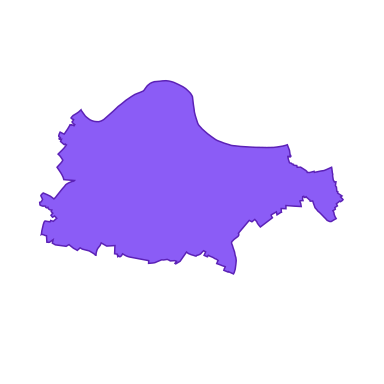 outline of Thuong Tin, Ha Noi, Vietnam, rotated 290°
{"feature_id": "81297802B33733008951227", "entity_name": "Thuong Tin", "entity_type": "district", "adm_level": 2, "iso_a3": "VNM", "parent_name": "Vietnam", "parent_adm1": "Ha Noi", "projection": "robinson", "projection_center": [105.871, 20.832], "detail": "fine", "context": "isolated", "style": "filled", "palette": "violet", "viewbox_px": 384, "rotation_deg": 290, "n_neighbors": 0, "source": "geoboundaries", "source_scale": "gbopen_adm2", "svg_char_len": 5948}
<svg xmlns="http://www.w3.org/2000/svg" viewBox="0 0 384 384"><g transform="rotate(290 192 192)"><path d="M255.7,98.6L250.6,95.6L247.2,93.4L241.5,90.6L233.2,86.1L229.9,84.3L227.8,82.5L226.2,80.4L225.4,78.0L224.9,75.8L224.8,73.4L225.0,71.3L225.4,69.9L226.2,67.4L226.9,65.7L229.5,61.9L230.8,60.0L231.3,59.6L228.4,58.1L226.3,56.6L223.2,54.1L221.0,53.2L220.2,53.0L220.1,53.3L219.8,53.9L219.6,54.7L219.5,55.0L219.6,55.4L219.7,55.8L219.6,56.0L218.4,55.9L216.8,55.3L216.6,55.6L216.2,56.1L215.7,57.2L215.3,58.4L215.2,58.8L213.9,58.5L214.0,57.0L214.0,55.5L213.4,55.4L213.5,54.4L213.3,54.3L212.4,54.3L211.9,54.2L208.7,53.6L202.7,52.1L202.7,51.6L203.0,49.1L203.2,47.6L201.3,47.4L199.4,47.5L198.9,47.7L198.5,48.0L198.4,48.5L198.4,48.9L198.2,49.5L198.0,49.8L197.7,50.0L197.3,49.8L196.8,48.9L196.3,49.1L196.2,49.4L196.5,51.0L196.7,51.3L194.5,51.2L193.1,54.8L192.8,55.8L193.7,56.4L193.3,57.9L191.6,57.4L189.7,56.8L187.1,55.7L184.2,54.3L181.8,53.2L180.9,55.3L179.8,57.0L178.9,58.2L177.8,59.7L176.3,59.5L174.2,58.8L172.3,58.0L169.1,56.7L166.3,60.6L164.7,62.7L163.3,64.3L161.6,66.0L159.8,67.3L160.5,70.0L162.6,77.6L162.1,77.4L161.7,77.0L161.4,76.7L160.9,75.7L158.3,72.9L156.5,71.4L155.5,70.8L153.8,70.3L150.5,69.0L146.4,67.6L142.8,66.4L141.2,65.9L139.6,65.3L138.3,64.6L138.8,63.0L139.6,60.4L140.0,56.4L140.2,52.5L138.1,51.4L136.8,51.2L134.0,54.1L132.4,53.9L131.2,53.6L130.2,52.4L127.8,53.6L127.6,54.8L127.7,57.0L128.2,57.5L128.5,59.3L128.0,59.4L127.7,59.6L127.4,60.5L127.6,61.2L128.3,61.8L127.6,62.3L127.0,63.2L126.8,63.9L126.7,64.6L126.8,65.4L127.1,66.4L125.4,66.4L124.5,68.4L121.9,67.4L121.4,68.2L120.6,69.6L122.4,71.1L121.1,73.9L120.6,73.6L117.0,71.7L116.9,68.9L115.6,68.9L115.4,68.7L115.0,66.6L114.5,63.8L113.1,63.3L110.3,63.4L104.0,64.2L101.0,64.9L100.5,64.9L100.6,65.0L100.9,65.9L101.0,67.0L100.9,69.4L101.2,70.2L95.2,72.8L95.7,74.6L96.0,75.2L96.4,75.6L98.9,77.2L99.7,77.8L96.2,78.2L95.6,81.7L97.8,91.7L97.9,92.3L100.5,94.4L99.8,96.3L99.1,98.4L98.6,99.9L98.2,102.7L97.9,104.2L101.3,106.0L100.8,108.4L101.5,115.7L101.4,116.1L100.8,119.4L100.2,121.8L99.7,122.6L99.6,123.0L99.7,123.4L102.0,122.8L104.3,122.6L105.3,122.6L106.3,122.7L107.6,123.0L109.3,123.6L110.8,124.0L113.1,124.1L112.0,130.3L115.3,137.9L107.5,140.4L108.0,143.2L107.4,143.4L105.9,144.3L106.8,144.9L106.5,145.2L106.4,145.8L106.5,146.3L106.7,146.7L107.1,147.0L107.8,147.4L108.8,147.7L110.2,147.9L109.6,150.9L109.4,153.0L109.5,155.2L112.7,174.8L110.1,175.6L111.9,179.5L112.9,181.3L115.1,183.6L117.9,186.7L118.4,188.5L120.2,191.8L120.1,193.8L119.8,195.1L121.6,199.3L121.6,201.2L119.1,200.4L118.9,201.3L122.8,204.5L133.7,207.4L133.2,208.7L132.9,210.0L132.9,211.0L132.8,212.7L132.9,213.6L133.0,215.7L133.0,216.7L133.1,217.3L133.1,217.6L133.2,217.8L133.4,217.9L133.5,218.0L134.1,218.2L134.2,218.4L134.9,219.4L135.3,219.9L135.8,220.3L136.1,220.7L136.9,221.3L138.3,221.8L140.8,223.0L140.6,224.3L140.4,225.3L139.0,225.2L136.6,225.0L136.4,228.1L136.3,228.5L136.5,228.7L136.6,228.8L137.9,228.8L138.1,228.9L138.1,229.0L138.0,230.1L137.8,230.8L137.8,231.5L137.7,233.7L137.7,234.1L137.3,235.9L137.2,236.4L137.2,237.3L137.2,237.8L137.0,238.6L136.6,240.0L135.4,239.8L133.2,239.7L133.2,243.5L133.1,245.7L133.2,248.8L132.3,248.8L131.0,248.6L129.3,248.7L129.1,253.3L129.6,253.4L129.2,259.0L131.0,259.2L134.3,259.0L139.3,257.9L142.7,257.0L145.3,255.7L147.4,254.1L150.2,252.5L153.9,249.5L155.8,248.1L156.8,247.1L157.5,246.7L158.4,246.4L159.2,246.5L160.2,247.0L161.8,247.7L165.8,250.3L166.6,250.6L167.3,250.7L168.1,250.5L168.8,250.2L169.1,249.7L184.9,255.5L184.5,258.5L187.7,260.4L186.2,263.1L185.3,263.8L184.2,265.3L183.3,266.8L182.5,268.2L195.3,276.4L196.4,275.0L197.1,274.4L197.7,274.3L202.2,278.1L199.6,279.7L203.4,282.6L203.6,283.0L204.1,282.7L205.5,282.0L207.0,281.5L208.4,286.0L211.4,284.9L213.7,293.0L215.0,297.3L215.7,299.6L218.4,298.1L220.1,296.6L220.7,296.5L221.9,299.3L223.2,298.3L225.5,297.6L226.2,298.5L225.4,299.4L225.4,300.0L225.9,300.4L226.6,300.8L226.0,301.9L225.7,303.0L224.9,304.7L224.8,305.4L223.8,306.2L224.8,308.5L223.7,309.4L223.0,309.9L221.0,311.6L219.9,312.5L219.4,312.9L219.1,313.3L218.4,314.7L217.9,315.5L217.0,317.0L216.6,318.2L216.0,319.7L214.1,323.6L213.4,325.0L212.7,326.6L211.8,328.2L211.5,328.9L211.5,329.9L211.4,330.5L211.4,331.8L212.0,333.1L214.0,334.6L216.3,336.6L217.8,334.8L219.4,333.4L221.4,332.2L222.7,330.8L224.6,332.5L224.9,332.6L226.2,331.5L228.7,333.4L230.3,331.7L234.0,334.0L233.7,334.9L235.6,336.3L236.6,336.5L238.2,333.3L239.6,334.3L240.8,329.3L242.2,328.9L242.1,327.9L246.1,326.0L246.3,325.3L247.1,324.6L249.3,324.1L250.8,323.8L250.5,323.1L250.1,322.4L250.5,322.1L251.3,321.0L251.7,320.6L255.1,318.7L255.7,318.5L256.8,318.2L258.1,317.3L259.7,316.5L262.4,315.1L263.0,314.7L258.9,310.5L257.3,308.7L256.6,307.4L255.8,305.9L252.3,300.3L253.2,299.6L252.9,299.3L252.1,298.1L251.3,297.0L250.6,296.0L249.8,293.6L250.6,293.0L250.9,292.2L251.2,291.5L252.5,285.6L251.2,282.4L252.7,281.4L252.1,279.2L252.1,278.0L252.7,277.8L252.6,276.6L252.7,276.0L253.0,275.6L252.8,274.1L252.9,273.6L253.2,273.3L255.5,271.5L257.2,270.4L258.2,269.9L258.5,270.7L258.2,271.1L258.6,272.2L259.1,271.8L259.5,272.6L260.0,272.3L260.3,272.0L260.4,271.6L260.8,271.3L264.4,269.4L265.0,268.9L269.0,265.4L268.0,264.2L266.2,261.6L263.3,256.4L261.8,253.4L259.3,246.9L257.8,242.4L255.8,236.7L254.7,233.2L251.9,223.7L251.4,222.0L250.1,216.6L249.7,215.1L249.3,213.3L249.2,212.2L249.2,211.0L249.1,209.2L249.0,207.5L248.9,204.9L249.0,202.4L249.0,201.4L249.0,199.7L249.1,197.5L249.5,195.6L250.8,190.9L252.1,186.6L253.3,183.5L254.7,180.0L257.1,175.5L258.5,173.9L262.1,171.1L265.0,168.9L268.0,166.9L270.4,165.7L273.9,163.8L276.8,162.3L281.6,159.9L282.5,159.1L284.2,156.9L285.4,154.5L287.0,150.7L287.8,147.4L288.4,142.4L288.6,140.1L288.8,137.4L288.7,135.1L288.4,132.5L287.7,129.5L286.2,126.0L285.1,123.9L282.8,118.9L281.1,116.8L279.7,115.5L276.7,113.7L274.8,113.1L273.1,112.6L271.4,112.2L270.2,111.6L267.8,109.1L266.1,107.1L264.1,104.9L260.8,102.3L255.7,98.6Z" fill="#8b5cf6" stroke="#5b21b6" stroke-width="1.5"/></g></svg>